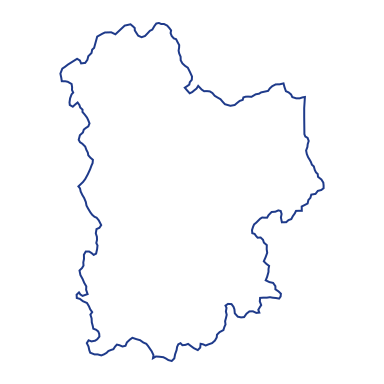 the district of Afonso Cláudio, Espírito Santo, Brazil
{"feature_id": "56859067B17635890809013", "entity_name": "Afonso Cláudio", "entity_type": "district", "adm_level": 2, "iso_a3": "BRA", "parent_name": "Brazil", "parent_adm1": "Espírito Santo", "projection": "albers", "projection_center": [-41.127, -20.089], "detail": "fine", "context": "isolated", "style": "outline", "palette": "blue", "viewbox_px": 384, "rotation_deg": 0, "n_neighbors": 0, "source": "geoboundaries", "source_scale": "gbopen_adm2", "svg_char_len": 4521}
<svg xmlns="http://www.w3.org/2000/svg" viewBox="0 0 384 384"><path d="M62.3,68.6L60.4,73.6L61.3,77.9L61.8,81.2L65.5,81.3L67.8,81.8L71.6,84.0L72.1,87.2L72.0,90.0L73.2,92.6L71.6,94.3L70.1,98.3L69.5,102.4L69.8,105.0L72.8,106.7L75.3,104.4L77.6,102.5L79.4,105.0L80.2,107.5L82.5,109.6L82.5,112.0L84.5,114.3L87.0,117.6L88.1,119.9L89.5,123.4L88.3,126.4L85.8,128.0L83.8,129.6L82.9,132.5L79.9,135.2L78.7,139.8L80.0,142.2L82.3,143.7L85.2,146.6L86.4,149.9L87.8,152.6L88.3,155.3L90.4,157.7L92.9,159.8L92.6,163.1L91.5,165.5L90.1,169.3L87.8,174.3L85.2,179.1L83.0,182.0L80.8,184.1L78.4,186.4L80.0,188.4L80.7,191.6L82.4,195.1L84.1,197.9L85.8,202.0L86.5,205.6L88.0,208.4L90.4,212.4L92.2,214.8L94.5,216.8L96.6,217.7L98.8,220.4L101.2,225.1L99.4,227.8L96.5,229.1L95.8,233.3L96.9,236.8L97.0,239.9L96.3,243.0L97.5,245.5L97.1,249.1L96.1,253.6L93.7,254.9L91.6,253.1L89.1,251.5L85.8,251.5L83.9,254.7L84.0,258.9L83.3,262.4L83.5,265.6L82.0,268.1L79.5,270.5L80.4,275.0L82.6,279.0L84.2,282.8L86.3,286.4L86.1,289.8L87.6,294.1L85.3,294.9L82.6,295.9L80.4,294.5L79.0,292.4L76.6,294.7L76.8,298.0L79.9,298.9L82.9,301.2L87.0,303.0L89.0,306.4L90.2,309.3L92.2,312.1L90.4,314.6L91.6,318.4L91.8,322.4L92.8,326.1L93.3,328.7L96.0,329.7L98.2,331.4L99.2,333.8L99.4,336.6L97.2,339.3L95.1,340.7L91.5,341.4L88.6,340.3L86.8,343.1L88.5,346.5L89.3,350.2L90.2,352.7L94.5,354.4L97.7,354.4L101.3,355.4L103.9,354.4L106.5,352.9L108.4,351.0L110.9,350.0L113.4,349.2L115.0,346.7L116.9,344.6L119.4,345.2L122.5,346.5L125.5,345.8L126.9,342.4L130.0,339.5L132.4,337.8L136.2,339.1L140.1,340.2L143.3,342.5L146.3,343.8L148.0,345.9L149.7,348.4L151.7,351.3L153.5,355.2L153.0,358.2L155.9,356.5L159.2,356.7L163.3,357.2L165.9,358.5L168.4,360.1L171.7,361.0L174.3,358.4L175.1,354.3L176.6,350.0L177.1,346.9L178.3,344.3L180.5,343.2L182.4,345.2L185.4,344.9L188.1,343.9L191.3,346.3L193.9,348.2L197.8,350.1L200.2,347.6L200.6,343.8L203.0,344.3L205.7,345.5L208.1,344.5L212.1,343.1L214.9,340.6L216.7,337.5L217.0,334.7L219.6,332.1L223.4,330.1L224.4,326.9L225.5,324.5L225.1,321.2L226.0,317.9L226.7,314.8L225.9,311.5L226.5,307.9L225.5,305.6L228.0,303.9L231.5,304.1L233.5,306.8L234.4,309.3L234.8,313.3L237.8,316.7L241.1,317.4L244.1,317.1L246.5,313.7L249.4,311.4L252.9,311.3L256.3,312.9L259.3,312.6L258.3,309.8L259.8,307.2L261.2,305.1L259.8,301.4L260.1,297.9L262.8,297.7L266.6,297.7L270.0,297.2L272.7,297.7L275.9,298.0L279.1,298.6L280.6,296.5L280.9,293.7L278.5,291.4L275.4,289.3L275.4,286.2L273.1,282.9L269.4,282.1L265.7,280.3L267.1,276.9L268.5,271.9L268.5,269.0L269.1,265.9L266.3,263.8L263.8,261.3L265.6,257.2L267.2,252.8L266.7,249.2L266.8,245.1L263.9,242.6L263.0,239.8L260.6,237.5L257.6,237.7L256.0,235.9L254.6,233.9L252.3,233.2L252.0,230.1L253.1,226.7L254.1,224.4L256.2,222.7L258.5,220.4L260.2,218.7L262.2,217.5L264.6,217.7L267.1,217.7L268.5,215.2L271.6,212.0L275.4,211.7L278.3,210.4L280.7,211.0L281.6,214.0L280.9,217.5L281.9,222.3L286.2,222.2L288.5,220.1L291.3,219.1L292.8,216.2L294.8,213.4L296.0,210.9L298.6,210.8L301.8,210.8L301.7,206.5L305.3,204.7L307.6,203.5L308.4,200.0L310.4,197.8L311.3,194.6L315.5,193.9L317.8,190.9L321.3,190.0L323.6,188.2L323.6,185.4L323.3,182.6L321.4,179.5L318.0,176.8L317.7,174.0L316.0,172.4L314.8,170.0L313.8,166.4L311.9,164.7L310.9,162.0L309.7,159.8L308.1,157.2L306.8,154.0L306.1,150.5L307.4,147.0L307.7,144.2L308.7,141.0L307.6,137.9L305.3,136.5L304.4,134.2L304.2,117.4L304.2,108.0L304.9,97.0L302.5,97.4L299.7,98.3L296.1,98.3L292.3,97.1L291.1,94.5L288.6,92.4L285.9,91.2L284.5,87.2L283.5,83.4L279.7,84.3L275.7,84.4L272.2,86.2L269.8,88.4L268.1,90.9L264.8,91.6L261.1,92.4L259.1,93.7L255.7,94.3L251.5,96.8L248.1,96.6L245.7,96.7L243.4,97.4L242.7,99.9L239.7,100.9L237.3,102.8L234.7,105.0L230.4,105.8L224.9,104.2L222.6,101.7L220.5,99.2L217.5,97.5L214.7,95.8L212.4,93.0L209.8,91.4L206.9,91.1L204.1,91.2L201.7,89.6L200.0,87.8L198.2,85.9L196.5,88.6L194.2,90.4L192.2,92.1L189.7,93.3L187.1,90.4L184.8,87.7L186.9,86.3L189.3,84.6L189.8,82.2L191.8,79.8L192.0,76.5L190.0,72.1L187.8,67.7L185.1,65.9L182.4,63.4L180.7,60.3L180.6,56.7L179.2,53.5L178.6,50.7L179.1,47.6L179.2,45.1L177.6,42.2L176.1,39.2L173.8,38.4L171.7,36.0L170.6,33.1L171.1,30.4L169.3,28.0L167.2,25.6L164.0,24.0L161.2,24.0L158.9,23.0L156.3,23.5L154.5,25.9L152.3,29.6L149.9,30.8L147.6,33.3L145.0,36.0L141.6,37.2L138.2,35.7L136.3,32.8L134.8,30.4L134.7,28.0L133.0,26.4L130.5,24.3L124.7,25.6L115.4,34.3L111.2,32.3L108.4,32.4L104.9,32.5L102.2,33.8L97.2,36.6L94.1,47.9L92.2,49.6L91.5,53.0L88.3,56.2L87.4,59.8L85.2,62.9L81.1,63.4L79.9,60.5L77.1,58.8L68.0,64.5L64.9,66.9L62.3,68.6Z" fill="none" stroke="#1e3a8a" stroke-width="2"/></svg>